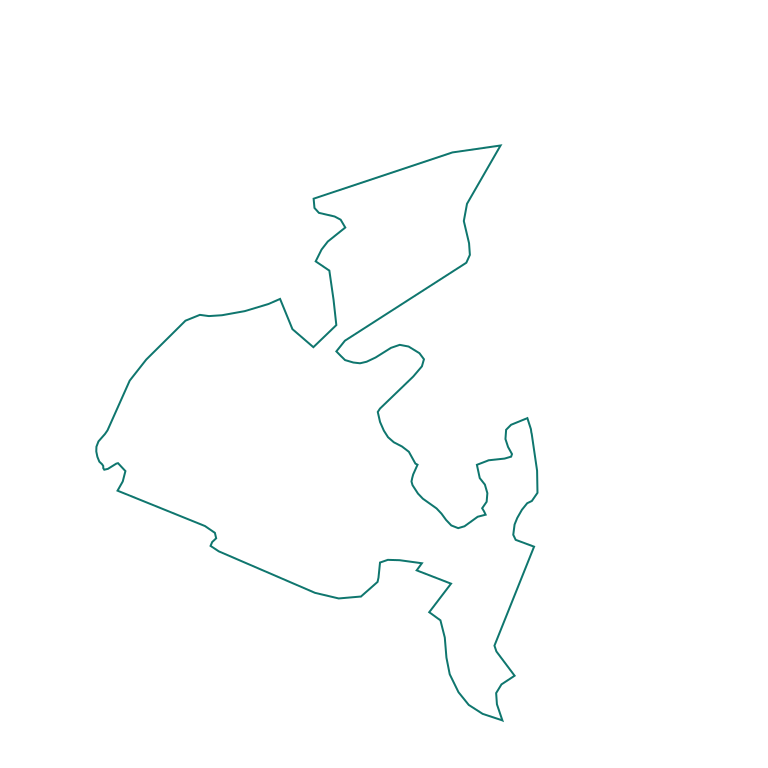 the Province of Maguindanao, rotated 23°
{"feature_id": "PHL-2576", "entity_name": "Maguindanao", "entity_type": "Province", "adm_level": 1, "iso_a3": "PHL", "parent_name": "Philippines", "parent_adm1": "", "projection": "orthographic", "projection_center": [124.466, 7.153], "detail": "fine", "context": "isolated", "style": "outline", "palette": "teal", "viewbox_px": 768, "rotation_deg": 23, "n_neighbors": 0, "source": "natural_earth", "source_scale": "10m", "svg_char_len": 2037}
<svg xmlns="http://www.w3.org/2000/svg" viewBox="0 0 768 768"><g transform="rotate(23 384 384)"><path d="M273.2,297.8L274.0,284.6L276.6,274.8L287.2,255.1L279.9,249.7L273.1,249.1L257.2,251.9L251.2,249.1L246.8,240.9L356.5,144.1L398.1,118.9L390.0,185.7L393.8,202.8L407.3,221.2L412.6,231.6L412.4,240.2L331.1,359.4L327.4,372.6L334.4,375.5L334.5,375.5L338.8,377.2L347.4,376.2L353.8,374.3L355.2,373.3L359.3,370.3L365.9,362.9L376.3,348.0L383.2,341.8L392.0,339.9L404.6,341.8L411.1,345.6L412.0,352.9L408.0,365.7L389.9,408.2L389.2,412.2L395.2,420.5L402.1,427.0L408.5,431.4L415.8,433.8L425.0,434.5L433.4,436.7L444.0,445.0L446.4,445.2L446.2,455.9L446.7,459.5L447.4,463.0L449.8,466.0L458.1,471.6L464.6,474.4L481.0,478.0L487.6,480.9L494.3,484.9L501.2,487.9L508.6,487.7L513.7,483.5L522.1,469.6L528.6,464.6L525.8,462.1L522.9,460.0L524.5,452.3L521.8,444.1L516.2,437.2L508.9,433.2L501.1,422.1L510.0,413.5L510.0,413.4L524.2,405.5L524.3,405.4L529.4,401.2L529.2,398.5L522.8,393.5L517.3,387.2L514.3,378.4L516.9,371.9L529.3,359.4L536.9,368.2L538.6,371.1L539.4,372.1L558.8,404.0L567.8,424.2L565.8,433.9L562.4,437.8L560.1,445.9L559.0,455.2L559.1,462.3L561.9,472.3L566.1,476.0L585.7,475.1L587.9,581.7L592.0,586.3L618.2,601.5L609.5,614.6L608.0,624.7L613.1,634.7L624.4,647.4L624.2,647.4L603.7,649.1L587.4,646.3L573.0,638.6L557.9,625.5L548.4,611.5L539.0,593.6L528.3,579.5L514.8,576.4L523.7,541.6L486.9,542.8L488.9,534.2L467.2,540.1L456.2,544.4L456.1,544.5L450.1,549.9L454.6,564.4L455.4,568.7L445.8,588.7L445.7,588.7L426.1,599.1L402.1,603.2L297.3,602.6L287.6,600.8L287.6,596.6L289.8,591.6L286.5,587.1L274.7,584.7L181.4,586.3L180.4,586.3L181.6,575.8L180.0,565.2L170.1,560.8L168.7,561.9L163.0,570.0L160.0,572.2L158.5,571.2L157.6,569.2L156.0,568.1L152.3,566.7L148.6,563.0L145.5,558.5L143.8,554.1L143.6,548.4L146.7,539.0L147.6,534.7L148.6,480.2L155.6,454.4L176.5,403.3L187.5,392.3L196.3,389.9L208.0,384.0L227.4,371.3L246.4,355.5L255.1,346.3L278.3,369.3L304.6,377.7L317.1,348.4L304.6,326.1L289.4,301.0L273.2,297.8Z" fill="none" stroke="#0f766e" stroke-width="2"/></g></svg>